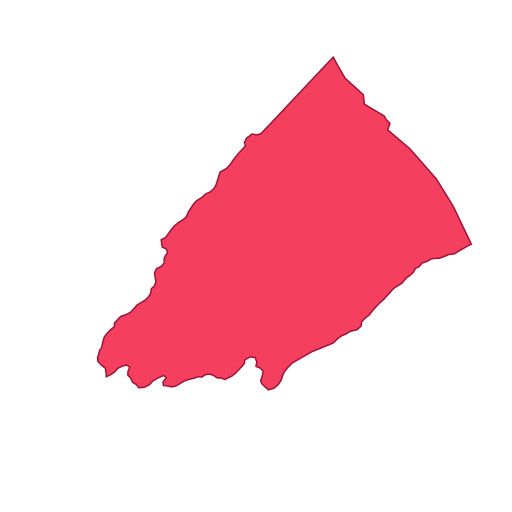 outline of Novo Horizonte, Bahia, Brazil, rotated 55°
{"feature_id": "56859067B30979623458140", "entity_name": "Novo Horizonte", "entity_type": "district", "adm_level": 2, "iso_a3": "BRA", "parent_name": "Brazil", "parent_adm1": "Bahia", "projection": "equal_earth", "projection_center": [-42.118, -12.867], "detail": "fine", "context": "isolated", "style": "filled", "palette": "rose", "viewbox_px": 512, "rotation_deg": 55, "n_neighbors": 0, "source": "geoboundaries", "source_scale": "gbopen_adm2", "svg_char_len": 2438}
<svg xmlns="http://www.w3.org/2000/svg" viewBox="0 0 512 512"><g transform="rotate(55 256 256)"><path d="M369.8,72.8L329.4,66.1L324.8,65.7L300.4,64.3L296.1,64.1L274.2,66.5L256.2,68.5L228.3,75.8L224.2,70.2L219.9,71.0L214.7,70.7L200.0,77.4L193.8,80.1L189.1,77.6L185.4,75.6L161.7,81.0L149.0,80.0L137.4,78.7L150.5,142.3L151.5,146.8L153.6,156.9L156.8,172.8L158.6,181.7L157.3,185.8L153.9,189.2L154.0,196.0L156.4,200.4L159.6,201.3L160.6,205.1L161.7,210.6L163.2,216.0L164.6,220.5L166.2,224.2L167.4,230.1L166.6,237.2L169.8,241.5L171.8,243.9L174.8,247.9L176.6,251.7L177.2,256.8L176.3,261.8L177.0,267.1L176.6,272.9L177.8,277.9L179.1,281.1L181.0,285.8L183.9,290.5L184.4,294.5L184.1,300.0L184.6,306.0L186.2,311.5L187.6,315.3L189.0,319.5L188.3,324.3L192.1,326.4L194.9,327.7L198.8,325.4L202.7,326.7L203.9,330.4L205.9,333.2L209.0,335.0L210.2,339.3L209.3,344.7L211.5,348.7L216.0,351.0L219.8,352.9L222.2,356.3L222.8,360.5L226.2,363.7L227.9,367.9L228.6,372.5L227.9,381.2L229.4,387.5L230.1,391.1L229.6,395.4L227.9,401.4L228.9,406.8L229.8,410.5L232.8,412.6L232.9,416.8L233.5,420.5L235.1,426.3L238.6,430.9L242.3,434.7L243.6,438.2L246.2,441.2L248.3,444.0L251.4,445.9L254.5,445.6L257.6,445.0L261.7,443.8L266.4,446.2L269.0,447.9L269.9,442.8L269.9,438.6L268.8,433.1L269.7,427.8L271.5,424.2L274.7,423.2L277.0,426.9L279.9,429.3L283.9,428.7L288.9,429.5L292.8,427.7L296.7,427.6L299.5,422.8L300.3,416.7L299.2,412.3L299.7,406.3L301.0,400.0L304.1,399.2L305.9,404.5L309.0,406.1L311.7,403.0L314.7,400.4L316.4,396.6L316.9,391.7L317.2,386.7L318.7,381.4L320.6,376.8L321.8,372.3L324.1,369.9L324.2,365.5L326.2,361.7L329.7,359.1L333.4,357.8L336.3,354.3L339.2,352.4L339.9,348.3L340.5,344.5L340.2,339.6L339.3,335.7L338.4,330.8L337.2,327.0L334.7,324.8L335.3,318.6L338.7,314.9L343.2,316.1L346.4,319.3L350.2,316.9L354.7,316.2L358.1,320.1L360.9,323.7L363.7,324.5L367.7,323.8L372.7,322.7L374.6,317.3L374.1,311.6L372.1,306.4L369.6,303.3L367.4,299.7L365.7,294.5L364.4,288.0L366.4,265.3L371.5,242.9L370.5,235.7L370.5,231.4L371.4,227.5L371.7,222.2L374.4,215.2L373.6,210.0L370.5,207.2L369.4,201.9L369.3,197.1L367.7,192.2L366.4,186.7L365.4,181.4L364.7,175.6L363.7,171.6L363.0,167.8L362.0,164.4L361.5,160.6L361.7,156.7L362.0,151.9L360.2,145.7L360.2,141.0L359.6,136.5L357.6,132.3L358.3,128.3L357.0,124.0L358.6,118.6L358.8,114.5L360.5,110.9L363.0,107.1L364.3,102.4L365.5,96.8L368.0,92.4L368.2,88.1L368.6,83.3L369.2,77.2L369.8,72.8Z" fill="#f43f5e" stroke="#9f1239" stroke-width="1.5"/></g></svg>